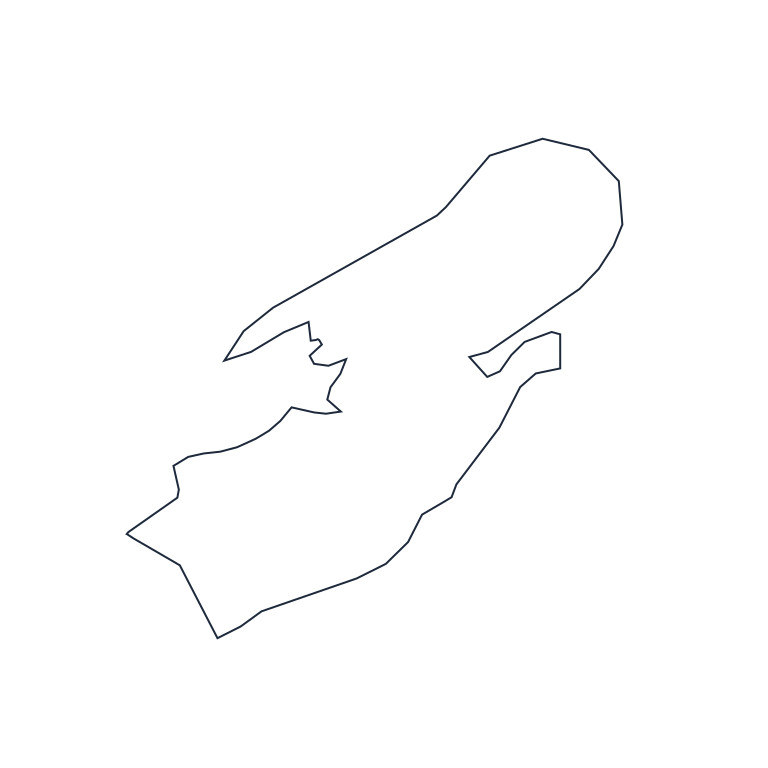 Zanzibar South and Central, Robinson projection, rotated 247°
{"feature_id": "TZA-3337", "entity_name": "Zanzibar South and Central", "entity_type": "Region", "adm_level": 1, "iso_a3": "TZA", "parent_name": "United Republic of Tanzania", "parent_adm1": "", "projection": "robinson", "projection_center": [39.422, -6.232], "detail": "fine", "context": "isolated", "style": "outline", "palette": "slate", "viewbox_px": 768, "rotation_deg": 247, "n_neighbors": 0, "source": "natural_earth", "source_scale": "10m", "svg_char_len": 1001}
<svg xmlns="http://www.w3.org/2000/svg" viewBox="0 0 768 768"><g transform="rotate(247 384 384)"><path d="M346.4,88.6L347.6,90.9L360.1,149.4L367.0,153.9L390.9,158.2L393.4,175.3L390.5,190.9L385.7,206.7L383.2,224.0L383.7,244.4L385.9,259.9L390.5,274.1L398.6,289.8L385.1,308.6L379.3,319.0L375.5,333.5L391.8,325.7L401.9,333.5L410.4,347.8L421.7,358.9L422.5,340.0L429.9,327.5L439.0,326.6L444.6,342.2L449.7,341.5L451.1,340.6L451.1,338.5L452.5,333.5L470.6,338.8L470.8,312.2L465.5,274.2L467.9,246.2L487.5,275.5L497.6,311.7L518.4,498.5L522.6,510.0L552.9,570.5L547.8,625.8L519.4,664.1L479.0,679.4L437.6,665.7L421.3,649.2L406.1,626.7L395.1,601.1L372.9,492.2L375.5,473.1L350.2,481.8L350.4,495.7L360.9,512.5L367.8,529.9L366.4,558.6L360.9,565.6L329.5,552.3L334.4,527.8L328.0,508.2L298.7,473.1L263.3,411.4L253.4,402.0L252.3,394.4L248.9,368.0L229.1,344.4L217.7,315.4L215.7,282.8L222.6,182.5L216.8,157.3L215.1,131.4L296.9,125.2L340.0,92.9L346.3,88.7L346.4,88.6Z" fill="none" stroke="#1e293b" stroke-width="2"/></g></svg>